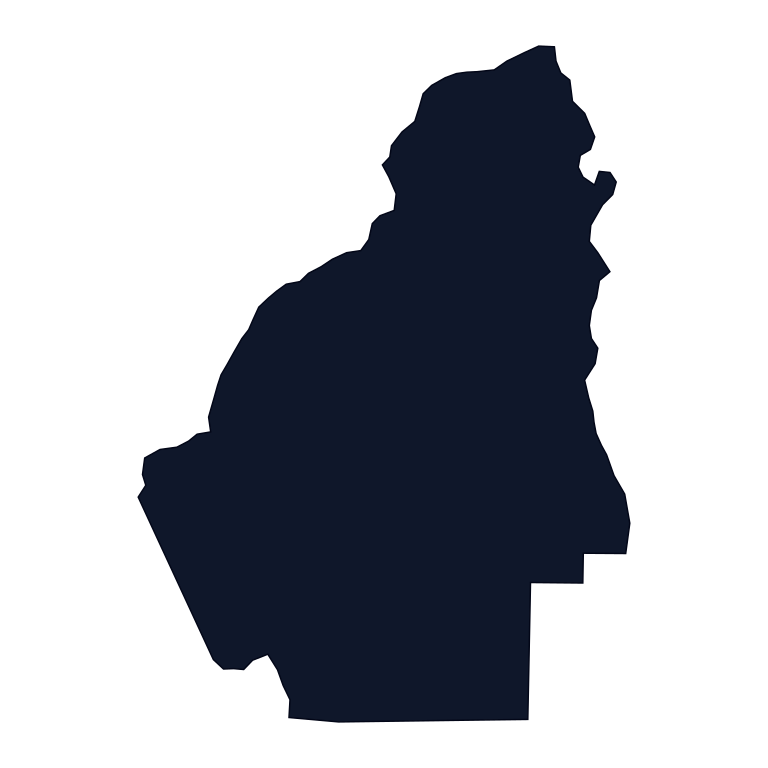 outline of Salete, Santa Catarina, Brazil
{"feature_id": "56859067B33006019293673", "entity_name": "Salete", "entity_type": "district", "adm_level": 2, "iso_a3": "BRA", "parent_name": "Brazil", "parent_adm1": "Santa Catarina", "projection": "orthographic", "projection_center": [-50.006, -26.958], "detail": "fine", "context": "isolated", "style": "filled", "palette": "ink", "viewbox_px": 768, "rotation_deg": 0, "n_neighbors": 0, "source": "geoboundaries", "source_scale": "gbopen_adm2", "svg_char_len": 1402}
<svg xmlns="http://www.w3.org/2000/svg" viewBox="0 0 768 768"><path d="M213.4,659.6L223.5,669.0L233.6,668.6L243.7,669.5L252.6,660.2L267.8,654.2L277.5,669.7L283.2,685.6L290.0,699.7L289.0,717.5L338.6,721.9L472.9,720.1L527.8,719.4L530.5,582.5L582.8,583.0L583.3,553.2L625.7,553.5L629.8,523.2L624.7,494.1L614.0,475.6L606.6,454.8L601.4,445.3L596.1,433.5L594.0,422.2L592.8,411.1L588.7,397.9L584.6,380.1L595.1,363.7L597.8,348.2L591.4,338.5L589.3,325.5L591.4,310.3L596.5,297.8L599.4,280.5L609.9,271.7L597.8,252.7L589.3,241.4L590.8,225.2L602.6,204.7L612.7,194.5L616.2,182.0L610.0,172.5L599.3,171.4L594.5,185.0L583.0,177.1L578.2,167.2L580.3,155.4L590.4,149.4L594.7,136.9L589.8,125.6L584.7,113.4L572.5,101.3L569.8,80.1L560.8,72.9L556.0,61.1L554.4,46.8L538.7,46.1L524.7,52.5L506.9,61.1L494.2,69.9L477.1,71.7L466.7,72.2L456.4,73.6L445.3,77.7L431.7,85.4L423.2,93.7L419.5,106.6L414.8,121.4L402.0,132.0L391.5,145.7L389.8,157.0L382.4,164.9L388.8,176.7L396.2,193.8L394.2,210.4L380.0,215.7L372.3,223.6L368.8,239.5L360.8,250.6L346.6,252.7L332.4,259.2L321.0,266.8L308.5,273.3L300.0,281.6L286.2,284.2L276.7,291.1L268.7,297.8L258.8,307.1L253.0,319.8L248.7,329.7L241.9,338.5L233.9,352.4L227.1,364.6L221.1,374.8L217.6,385.4L213.9,398.6L208.6,417.1L210.7,431.9L197.1,434.2L188.6,441.1L176.9,447.2L160.0,449.5L144.7,458.0L142.5,474.5L145.8,485.3L138.2,497.1L213.4,659.6Z" fill="#0f172a" stroke="#020617" stroke-width="1.5"/></svg>